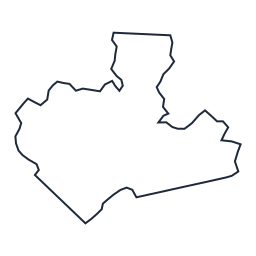 Riachuelo, Sergipe, Brazil
{"feature_id": "56859067B56389210509313", "entity_name": "Riachuelo", "entity_type": "district", "adm_level": 2, "iso_a3": "BRA", "parent_name": "Brazil", "parent_adm1": "Sergipe", "projection": "albers", "projection_center": [-37.223, -10.727], "detail": "fine", "context": "isolated", "style": "outline", "palette": "slate", "viewbox_px": 256, "rotation_deg": 0, "n_neighbors": 0, "source": "geoboundaries", "source_scale": "gbopen_adm2", "svg_char_len": 1084}
<svg xmlns="http://www.w3.org/2000/svg" viewBox="0 0 256 256"><path d="M85.4,223.3L91.3,218.9L97.6,213.3L101.7,209.2L102.9,203.6L108.0,199.2L113.5,194.7L120.3,190.0L126.6,187.6L132.3,189.8L136.4,197.3L225.5,177.6L231.6,175.9L238.3,171.5L234.9,161.4L237.8,151.8L240.6,144.3L231.7,141.4L221.5,140.3L224.4,134.1L228.2,127.3L222.9,121.3L217.0,121.3L210.8,115.5L205.0,110.4L199.0,115.1L192.0,123.1L184.5,128.8L177.6,128.7L172.3,127.0L166.2,122.3L158.4,122.5L163.4,115.8L168.3,113.6L163.0,106.9L164.2,99.0L159.1,92.5L156.7,87.1L160.4,81.6L163.4,74.2L169.1,68.6L174.1,61.5L170.3,55.3L171.2,49.2L172.4,42.5L170.3,35.3L113.6,32.7L112.0,40.0L116.7,46.5L115.3,54.5L114.7,60.7L111.2,69.0L116.8,76.2L121.3,79.8L122.8,85.7L119.4,90.8L115.5,86.3L112.1,80.9L104.9,84.5L100.0,91.3L91.3,89.9L82.8,88.6L75.9,90.7L69.5,83.9L63.4,83.0L57.3,81.6L52.8,85.4L48.7,90.5L47.2,99.6L40.5,105.2L34.8,102.3L27.9,98.6L23.8,103.1L15.5,113.2L21.2,123.1L19.5,128.8L15.4,136.4L16.0,143.4L18.5,150.5L22.6,155.2L28.8,159.7L36.6,164.2L38.8,170.0L34.9,175.0L85.4,223.3Z" fill="none" stroke="#1e293b" stroke-width="2"/></svg>